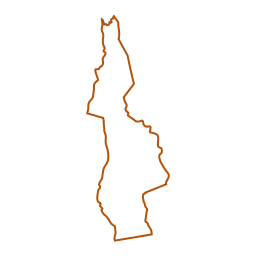 Banse, Laborie, Saint Lucia (Natural Earth projection)
{"feature_id": "8701671B18948997599977", "entity_name": "Banse", "entity_type": "district", "adm_level": 2, "iso_a3": "LCA", "parent_name": "Saint Lucia", "parent_adm1": "Laborie", "projection": "natural_earth1", "projection_center": [-60.992, 13.795], "detail": "fine", "context": "isolated", "style": "outline", "palette": "amber", "viewbox_px": 256, "rotation_deg": 0, "n_neighbors": 0, "source": "geoboundaries", "source_scale": "gbopen_adm2", "svg_char_len": 5742}
<svg xmlns="http://www.w3.org/2000/svg" viewBox="0 0 256 256"><path d="M87.2,113.3L103.2,118.0L103.4,119.1L103.7,120.8L103.7,122.1L103.8,123.5L103.8,124.7L104.0,125.9L104.2,128.1L104.3,129.7L104.3,131.1L104.7,132.4L105.2,133.9L105.8,135.8L105.8,137.0L105.8,137.5L105.7,139.3L105.6,141.7L105.9,144.2L107.0,147.7L107.6,149.5L107.8,150.7L108.0,152.0L108.1,153.2L108.3,154.5L108.3,158.5L108.2,159.3L107.7,161.1L107.4,161.9L106.5,163.7L106.3,164.1L105.9,164.7L105.2,165.8L104.1,167.7L103.7,168.7L103.4,169.5L103.2,170.4L103.1,171.5L102.9,172.4L102.5,174.8L102.5,175.8L102.3,177.0L102.1,177.8L101.8,178.8L100.6,180.9L100.5,181.1L100.3,181.5L99.6,182.7L99.1,183.9L99.0,184.6L99.6,185.7L100.1,186.3L100.1,187.3L99.9,187.9L99.2,188.7L98.5,189.6L98.2,190.4L98.1,190.8L97.9,192.4L97.7,193.4L97.6,194.2L97.5,195.5L97.4,196.4L97.2,198.0L97.3,199.2L97.7,200.7L97.9,201.4L98.5,202.1L99.0,202.5L99.9,202.9L100.3,203.1L100.5,203.4L100.7,203.7L100.7,203.9L100.6,204.1L100.2,204.8L100.0,205.0L99.9,205.3L100.3,206.2L101.0,206.9L101.8,207.9L101.9,208.0L102.0,208.1L102.3,208.6L102.4,208.8L102.0,209.3L101.6,209.7L101.5,210.3L101.9,211.2L102.6,212.6L103.2,213.5L103.7,214.1L104.3,214.7L105.9,216.0L106.6,216.6L107.6,217.9L107.8,218.4L108.7,219.4L108.9,219.8L109.4,220.9L110.5,222.6L111.3,223.6L111.9,224.2L112.5,224.7L113.2,225.3L113.9,225.6L114.4,225.8L114.8,226.4L114.8,226.9L115.1,228.6L115.5,231.7L115.6,233.0L115.6,233.4L114.9,235.5L114.6,237.2L114.5,238.2L114.5,238.7L114.6,239.4L114.6,239.7L114.9,240.4L115.0,240.6L151.7,234.4L151.7,233.7L151.5,231.8L151.4,231.0L151.1,230.3L150.9,229.6L150.2,228.4L149.8,227.7L149.7,227.5L148.8,226.2L148.5,225.8L148.2,225.1L148.1,224.9L148.0,224.1L147.9,223.7L147.3,223.0L147.1,222.7L146.1,221.9L145.7,221.8L145.4,221.4L145.3,221.1L145.3,220.6L145.4,220.2L145.5,219.6L145.6,219.3L145.8,217.7L146.0,216.4L146.2,215.1L146.3,214.1L146.4,213.1L146.6,211.9L146.9,210.9L147.1,210.2L147.0,209.2L146.9,208.8L146.4,207.9L145.7,207.1L145.4,206.6L145.0,205.6L144.7,204.1L144.5,203.1L143.8,201.9L143.6,201.2L143.2,199.1L143.0,198.0L142.9,196.1L143.2,194.9L143.4,194.4L143.7,193.9L144.3,193.7L145.1,193.3L145.4,193.2L145.9,192.8L146.0,192.5L145.9,192.4L166.1,184.3L166.0,184.0L166.0,182.7L166.1,182.0L166.3,181.6L166.6,181.1L166.9,180.7L167.1,180.4L167.2,180.0L167.7,179.1L168.0,178.5L168.2,178.1L168.3,177.9L168.5,177.3L168.6,177.1L168.8,175.5L168.7,174.7L168.5,174.4L168.5,174.2L168.4,174.0L168.3,173.7L168.0,173.3L167.6,172.7L166.5,171.3L166.2,171.0L165.9,170.5L165.6,170.1L165.3,169.7L163.5,167.0L163.3,166.7L163.2,166.6L163.1,166.3L162.7,165.4L161.9,164.4L161.6,163.8L161.2,163.1L160.4,161.5L160.4,161.4L160.3,161.1L159.9,159.9L159.7,159.3L159.5,158.2L159.3,157.6L159.2,157.0L159.2,156.4L159.5,155.2L159.8,154.4L160.0,154.1L160.3,153.9L161.1,153.4L161.2,153.2L161.6,152.6L161.7,152.4L161.8,152.2L161.9,151.2L161.8,150.7L161.8,150.3L161.6,149.2L161.5,148.8L161.5,148.6L161.2,148.1L160.8,147.9L160.0,147.7L159.7,147.6L159.3,147.3L158.8,147.0L158.4,146.7L158.0,146.2L157.9,144.6L157.9,144.2L157.9,143.9L157.9,143.0L158.1,140.6L158.2,139.8L158.2,139.6L158.3,138.4L158.2,137.6L158.2,137.3L158.1,137.0L158.0,136.5L157.6,135.5L157.5,135.3L157.5,135.2L157.3,135.1L157.1,134.9L155.9,134.0L155.7,133.9L154.5,133.5L153.1,133.0L152.2,132.7L151.4,132.6L151.0,132.5L150.3,132.4L150.2,132.3L150.1,132.2L149.9,131.3L150.4,129.8L150.4,129.2L150.4,128.7L150.4,128.4L150.6,127.6L150.3,126.7L149.4,126.3L149.0,126.4L148.9,126.4L148.2,126.5L147.5,126.7L147.0,126.7L146.8,126.7L146.3,126.6L145.6,126.3L145.4,126.2L144.9,125.8L144.4,125.6L144.3,125.4L143.7,124.5L143.6,124.4L143.4,123.8L143.3,123.0L143.1,121.8L143.0,121.5L142.9,121.3L142.8,121.2L142.4,120.7L141.4,120.7L141.2,120.8L139.7,121.3L138.9,121.5L137.9,121.6L136.1,121.4L135.7,121.2L133.8,119.6L133.6,119.4L133.2,119.1L131.2,117.9L130.8,117.6L130.3,117.1L129.5,116.6L128.7,116.0L128.7,115.9L127.9,115.3L127.8,115.1L128.1,114.1L128.3,113.0L128.1,112.5L127.5,112.1L126.8,111.5L126.6,111.4L126.3,110.9L126.1,110.8L125.9,110.5L125.8,110.3L125.5,109.5L125.6,108.5L125.6,108.3L125.8,107.9L126.2,107.2L126.3,107.0L126.4,106.8L126.7,105.6L126.5,104.6L126.1,103.9L126.0,103.7L125.1,102.1L124.6,100.6L124.4,100.1L124.2,99.5L124.1,98.8L124.0,98.3L123.8,97.7L123.7,97.3L133.9,83.9L130.5,69.4L129.2,63.3L127.6,55.5L122.0,45.4L121.1,43.7L118.5,38.9L118.9,38.0L119.0,37.0L119.2,35.5L119.2,32.5L119.2,32.3L119.2,32.1L119.1,31.3L119.0,30.8L118.5,27.0L118.4,26.0L118.3,25.0L118.3,24.1L118.3,23.3L118.3,22.9L117.7,21.5L117.0,20.5L115.8,19.0L115.0,17.9L114.4,16.8L114.1,15.8L114.1,15.4L113.9,16.0L113.4,16.9L113.3,17.4L113.6,17.9L113.3,18.3L113.2,18.3L112.6,18.7L112.1,18.9L111.3,19.3L111.1,20.2L111.4,21.4L111.5,22.2L110.7,22.8L110.1,22.3L109.5,22.1L109.4,22.5L109.4,23.6L108.9,24.6L107.4,25.2L106.6,24.9L106.1,24.1L105.5,24.1L104.8,24.4L104.4,24.5L104.1,24.0L103.6,22.4L103.4,21.7L102.5,19.8L102.3,19.7L101.9,19.4L101.9,20.2L101.9,21.1L102.2,22.1L102.4,23.7L102.4,24.8L102.3,25.8L102.0,27.3L101.8,28.6L101.7,29.7L101.9,31.1L102.8,32.9L103.3,34.4L103.2,36.1L103.2,37.7L102.9,39.6L102.9,41.5L102.9,43.2L103.3,44.7L103.8,46.0L104.2,47.0L104.6,47.6L104.7,48.4L104.5,49.0L103.9,49.9L103.7,50.2L103.7,51.3L104.2,51.9L105.0,52.3L105.3,52.7L105.6,53.1L105.6,53.4L105.3,54.3L104.6,55.7L103.7,56.8L102.9,58.3L102.6,59.5L102.7,59.8L103.0,61.5L103.1,62.1L103.0,63.8L102.4,65.1L102.0,65.8L100.7,66.7L99.7,67.4L99.1,68.7L98.9,68.9L98.5,69.2L98.0,69.1L96.5,69.2L96.2,69.2L95.5,69.4L95.3,70.9L95.8,72.9L96.9,76.2L97.4,77.6L98.0,79.4L98.0,80.1L97.2,80.8L95.5,82.3L94.5,83.6L94.1,84.8L94.0,87.5L93.9,89.6L93.7,91.3L93.5,93.4L93.2,94.5L93.1,95.9L92.9,96.9L92.8,97.3L92.3,98.1L91.2,99.6L89.5,101.7L88.6,103.5L88.4,104.7L88.3,106.4L88.3,108.1L88.2,109.5L87.8,110.9L87.2,113.3Z" fill="none" stroke="#b45309" stroke-width="2"/></svg>